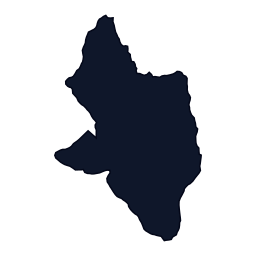 outline of José Boiteux, Santa Catarina, Brazil
{"feature_id": "56859067B74314502479373", "entity_name": "José Boiteux", "entity_type": "district", "adm_level": 2, "iso_a3": "BRA", "parent_name": "Brazil", "parent_adm1": "Santa Catarina", "projection": "mercator", "projection_center": [-49.654, -26.855], "detail": "fine", "context": "isolated", "style": "filled", "palette": "ink", "viewbox_px": 256, "rotation_deg": 0, "n_neighbors": 0, "source": "geoboundaries", "source_scale": "gbopen_adm2", "svg_char_len": 2878}
<svg xmlns="http://www.w3.org/2000/svg" viewBox="0 0 256 256"><path d="M197.6,128.9L195.8,126.8L195.4,123.2L194.6,120.5L194.2,117.9L191.6,115.1L190.4,112.4L189.6,109.7L189.5,107.4L188.8,104.9L189.3,102.3L190.0,100.3L190.4,97.6L189.5,95.4L188.0,93.3L187.2,90.0L187.3,86.5L186.9,84.0L187.0,80.9L187.1,78.3L185.8,76.3L183.2,75.2L181.7,72.7L179.5,71.6L177.1,71.4L175.5,72.7L173.4,73.9L170.0,74.9L166.8,75.6L164.5,75.5L161.9,76.0L159.8,77.3L157.5,77.0L155.0,76.6L152.7,76.9L151.5,74.5L149.2,72.3L147.0,74.5L144.2,75.3L142.1,74.6L139.9,73.6L136.8,73.4L136.1,70.5L136.7,68.5L135.5,66.9L135.1,64.2L133.8,61.8L131.3,61.4L131.0,59.3L130.4,57.2L130.2,54.4L127.7,52.2L127.9,48.7L127.6,46.3L125.7,45.8L123.4,46.2L121.2,44.6L119.8,41.8L119.1,38.9L117.8,37.1L116.8,34.6L115.6,32.2L114.8,28.8L114.1,25.3L112.9,21.7L113.1,17.8L110.3,18.1L107.6,17.8L105.8,15.4L103.4,16.5L101.4,18.1L99.5,19.1L98.2,21.0L97.4,23.3L96.9,25.6L95.9,27.7L94.1,29.3L91.1,30.8L88.5,32.1L87.6,34.5L86.5,37.1L85.7,39.9L85.4,42.9L84.6,44.9L83.5,47.1L82.4,50.3L82.9,53.7L83.5,56.6L83.1,59.6L82.6,61.9L81.5,63.7L80.6,66.1L79.3,68.7L76.8,70.6L75.2,73.6L73.4,76.3L71.5,77.4L69.2,77.8L67.4,79.3L65.7,81.3L65.8,84.1L67.7,86.2L69.3,87.1L71.2,87.6L72.4,89.2L72.8,93.3L74.9,95.6L76.8,97.7L78.3,101.1L80.3,103.3L81.7,104.6L83.7,105.8L85.9,108.0L87.2,109.7L88.7,111.1L90.3,113.2L91.7,116.2L93.3,118.7L94.9,120.3L96.6,122.6L95.2,125.0L95.3,127.5L96.3,129.9L96.2,138.0L88.1,130.8L79.2,139.4L77.3,141.0L75.3,142.4L73.5,143.7L71.5,146.3L69.7,147.6L67.5,148.6L65.3,149.4L62.8,149.4L60.8,150.0L58.6,151.1L55.8,152.6L54.8,155.3L55.8,158.0L58.5,160.3L60.6,162.1L63.0,163.6L64.7,164.5L67.0,165.3L70.0,166.2L72.8,168.0L75.4,169.9L78.4,169.8L81.2,169.8L83.3,169.5L84.8,172.4L87.4,173.4L89.8,173.5L91.9,173.9L94.1,173.8L96.9,173.3L99.7,172.8L102.7,171.5L105.0,170.6L107.1,170.1L109.8,170.3L110.1,172.9L108.3,175.5L106.9,178.5L107.3,181.9L109.1,184.6L110.1,186.6L111.4,188.5L113.3,191.6L115.3,194.5L117.2,196.5L119.4,197.6L121.6,198.4L123.2,199.9L125.1,201.1L126.7,202.4L128.3,204.1L128.7,206.6L130.6,209.5L132.8,211.9L135.1,213.9L137.3,215.2L138.6,216.9L139.7,219.7L141.6,222.8L142.9,226.0L144.0,229.0L145.6,230.6L148.4,232.3L150.6,233.6L152.4,234.3L154.5,234.6L156.5,235.3L158.7,235.8L161.2,236.3L163.1,239.0L164.3,240.6L166.1,240.2L168.9,239.9L171.3,239.4L172.5,237.1L174.4,235.9L176.3,234.8L177.1,232.2L178.3,230.1L179.1,228.1L179.5,225.2L179.6,222.5L180.5,220.6L180.3,218.2L180.0,215.8L179.6,212.5L179.2,208.7L178.9,205.0L179.0,201.3L180.3,197.9L181.6,195.6L182.8,193.3L184.0,190.9L184.3,188.8L186.1,186.6L188.1,184.6L190.0,183.7L192.8,181.1L195.0,178.0L197.3,175.1L198.8,173.3L200.4,170.5L199.7,166.1L200.2,163.6L200.6,160.3L201.0,157.4L201.2,155.1L199.2,154.2L198.9,151.1L198.8,148.0L197.0,146.0L196.0,143.3L195.8,141.1L195.7,138.6L195.6,136.3L196.3,134.0L197.1,132.0L197.6,128.9Z" fill="#0f172a" stroke="#020617" stroke-width="1.5"/></svg>